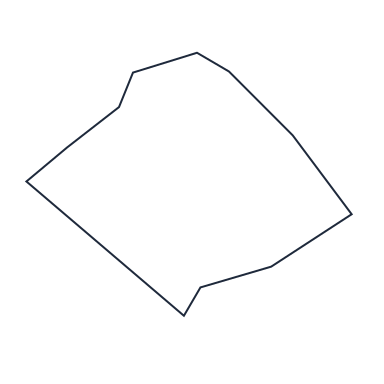 outline of Bor-Ondor, Hentiy, Mongolia, rotated 316°
{"feature_id": "93677404B12023571186013", "entity_name": "Bor-Ondor", "entity_type": "district", "adm_level": 2, "iso_a3": "MNG", "parent_name": "Mongolia", "parent_adm1": "Hentiy", "projection": "mercator", "projection_center": [109.413, 46.24], "detail": "fine", "context": "isolated", "style": "outline", "palette": "slate", "viewbox_px": 384, "rotation_deg": 316, "n_neighbors": 0, "source": "geoboundaries", "source_scale": "gbopen_adm2", "svg_char_len": 304}
<svg xmlns="http://www.w3.org/2000/svg" viewBox="0 0 384 384"><g transform="rotate(316 192 192)"><path d="M291.4,318.9L303.8,221.2L302.3,131.0L292.3,95.3L232.5,65.1L198.5,80.2L133.2,73.2L80.2,69.4L100.2,275.4L131.8,266.5L197.1,300.7L291.4,318.9Z" fill="none" stroke="#1e293b" stroke-width="2"/></g></svg>